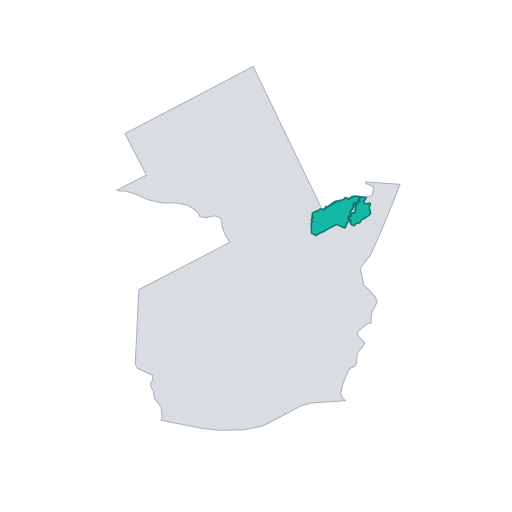 Lívingston, Izabal, Guatemala shown in context, rotated 332°
{"feature_id": "79465075B12175852129517", "entity_name": "Lívingston", "entity_type": "district", "adm_level": 2, "iso_a3": "GTM", "parent_name": "Guatemala", "parent_adm1": "Izabal", "projection": "orthographic", "projection_center": [-89.005, 15.735], "detail": "fine", "context": "in_parent", "style": "filled", "palette": "teal", "viewbox_px": 512, "rotation_deg": 332, "n_neighbors": 0, "source": "geoboundaries", "source_scale": "gbopen_adm2", "svg_char_len": 7193}
<svg xmlns="http://www.w3.org/2000/svg" viewBox="0 0 512 512"><g transform="rotate(332 256 256)"><path d="M95.2,356.7L97.3,354.6L99.1,349.8L101.4,344.7L100.2,338.9L99.4,334.1L102.0,327.3L101.8,322.1L103.0,318.9L106.7,316.9L108.7,313.0L98.5,299.3L98.5,296.2L100.0,292.4L108.6,278.0L118.8,260.9L130.0,242.0L136.8,230.7L160.9,230.9L176.9,231.1L197.2,231.3L219.2,231.5L233.7,231.6L239.6,231.5L238.7,224.0L239.5,215.8L242.2,208.4L242.2,205.1L238.0,201.0L229.6,198.6L225.0,195.0L225.0,190.5L223.0,185.0L219.1,178.6L210.7,171.9L198.1,165.1L187.4,156.0L178.6,144.6L171.2,137.3L165.4,134.2L164.1,132.5L181.0,132.9L197.1,133.2L197.4,117.0L197.6,102.6L197.9,86.4L226.9,86.6L261.5,86.9L297.5,87.1L325.7,87.2L342.4,87.2L341.6,107.4L340.7,130.7L340.0,147.8L339.1,170.7L338.2,194.1L337.0,226.0L336.2,246.7L336.5,247.2L346.1,246.2L360.1,247.1L363.6,247.0L367.9,248.8L371.2,249.3L378.4,254.0L386.8,257.5L392.2,250.4L389.3,246.1L387.2,243.9L387.5,242.0L416.8,260.3L413.4,263.2L406.0,269.7L392.5,281.0L380.4,291.0L368.8,300.1L358.3,308.3L357.0,309.1L343.7,315.0L341.5,317.6L338.6,329.2L337.3,332.1L339.7,338.5L342.1,348.4L341.3,353.6L332.1,360.0L327.8,365.7L326.0,369.4L324.3,368.5L321.4,368.2L314.8,369.6L311.6,369.9L309.0,371.5L308.7,375.1L310.5,380.9L311.1,383.9L309.2,385.3L301.1,388.7L297.9,392.2L294.8,397.5L291.2,399.7L287.5,399.3L284.8,400.1L279.2,404.0L270.6,411.8L266.0,417.5L265.9,421.8L266.8,425.6L235.9,411.8L225.6,409.4L182.2,409.3L163.6,403.7L142.5,393.1L128.3,383.5L95.2,356.7Z" fill="#d9dde1" stroke="#a8b0b8" stroke-width="1"/><path d="M315.7,261.9L318.6,266.1L319.0,266.2L321.8,265.9L322.3,265.9L323.4,265.8L323.9,266.0L324.7,265.8L325.7,265.8L326.1,266.2L328.5,266.1L329.6,266.2L330.2,266.1L330.9,265.8L342.0,266.1L342.3,266.2L344.2,268.7L347.2,272.9L347.4,273.0L347.7,272.6L348.5,272.4L348.8,272.1L349.5,272.0L349.5,271.8L349.8,271.6L349.9,271.0L350.1,271.0L350.2,270.9L350.6,270.8L350.7,270.6L350.9,270.5L350.9,270.4L350.7,270.3L350.7,270.1L351.1,269.7L351.5,269.5L351.9,269.7L352.4,269.6L352.9,269.2L352.8,268.9L353.4,268.7L354.4,268.8L354.9,268.6L355.2,268.3L355.6,268.1L355.1,267.9L354.8,267.7L355.0,267.2L355.0,266.9L355.0,266.6L355.2,266.3L354.9,266.0L355.1,265.9L355.1,265.5L355.5,265.2L355.8,265.2L356.1,264.8L356.2,265.1L356.3,265.1L356.5,265.0L356.5,264.8L356.9,264.5L357.2,264.7L357.4,264.6L357.5,264.7L357.8,264.4L357.9,264.7L358.0,264.7L358.1,264.3L358.4,264.3L358.6,264.1L359.0,264.1L359.7,263.2L359.4,262.9L359.1,262.1L359.1,261.9L359.8,261.5L359.6,261.3L359.8,261.1L359.9,261.4L360.2,261.5L360.7,261.1L361.1,261.0L361.2,260.8L360.8,260.2L361.3,259.8L361.4,260.0L361.7,260.2L361.8,260.2L362.0,260.1L362.2,260.3L362.4,260.3L362.7,260.1L362.9,259.5L363.7,259.3L364.1,258.9L364.6,258.7L365.0,258.3L365.0,258.8L364.8,259.0L364.2,259.1L363.9,259.3L364.1,259.3L364.3,259.1L364.2,259.4L364.5,259.2L365.2,258.9L365.6,258.1L365.4,257.8L365.6,257.7L365.7,257.3L366.0,257.2L366.1,256.9L366.0,256.7L366.2,256.3L366.0,256.2L366.4,255.9L366.9,255.8L367.3,255.9L367.2,255.6L367.8,255.6L368.6,255.2L368.9,255.5L369.1,255.9L369.6,256.4L370.1,256.7L370.5,256.7L371.1,256.0L371.7,255.8L372.5,255.9L372.9,256.4L373.0,255.5L373.2,255.2L372.7,254.8L372.5,254.5L372.6,254.3L372.7,254.2L373.6,254.2L373.9,254.0L374.4,253.6L375.0,252.7L375.3,252.5L375.3,252.3L375.2,252.0L372.7,250.5L371.6,249.6L370.7,249.3L369.9,249.2L368.8,248.5L368.7,248.5L368.1,249.2L367.9,249.1L366.9,249.0L366.2,249.5L365.6,249.4L365.2,249.3L364.5,249.4L364.3,249.2L363.9,248.7L362.6,246.7L362.2,246.5L362.1,246.3L361.7,246.7L361.0,246.8L360.7,247.0L358.8,247.2L358.5,247.2L357.7,246.7L356.5,246.6L355.9,246.0L355.6,245.9L355.4,246.0L354.9,246.4L353.5,246.7L353.4,246.4L353.7,245.6L353.6,245.4L352.6,245.3L351.9,245.0L351.7,245.2L351.5,245.9L351.1,246.1L351.0,245.9L351.0,245.0L350.7,244.8L350.4,244.9L350.4,245.4L350.0,245.6L350.1,246.1L349.9,246.1L349.2,245.4L349.1,245.6L349.0,246.3L348.8,246.4L348.5,245.8L348.2,245.4L346.9,245.2L346.4,245.6L345.8,245.7L345.8,245.9L346.1,246.2L346.0,246.5L345.9,246.4L345.7,246.0L345.6,245.9L344.9,246.2L344.7,245.7L344.2,245.7L344.1,246.0L343.2,246.5L342.9,246.3L342.2,246.3L342.1,245.9L341.7,245.6L341.6,245.3L341.1,245.1L340.7,245.3L340.2,245.5L340.3,246.0L340.2,246.3L339.4,246.0L338.9,246.4L338.4,246.3L338.0,246.6L338.1,246.9L337.9,247.0L337.5,247.4L337.2,247.2L337.2,246.6L337.0,246.4L336.7,246.4L336.7,246.0L336.5,245.6L336.1,245.3L335.9,245.3L335.2,244.8L334.7,244.8L334.4,244.8L334.2,244.6L333.7,244.6L333.3,244.9L332.7,244.9L331.8,245.0L330.7,244.7L330.0,244.8L329.8,244.6L329.2,244.9L328.7,245.0L328.4,244.8L328.3,244.6L328.1,244.5L327.7,244.6L326.8,244.5L325.9,244.8L325.0,245.7L324.9,246.1L324.7,246.8L324.8,247.2L324.5,247.6L324.1,247.6L324.2,248.1L324.6,248.2L324.6,248.3L324.3,248.5L324.1,248.3L323.8,248.4L324.1,248.8L323.8,248.9L323.8,249.4L323.5,249.4L323.3,248.9L323.1,248.9L322.9,249.0L322.6,249.6L322.1,249.9L322.3,250.2L322.3,250.3L322.5,250.5L322.3,250.8L322.3,250.6L321.9,250.6L321.8,251.0L321.6,251.1L321.7,251.3L321.5,251.7L321.9,252.1L321.1,252.2L321.0,252.4L321.1,252.7L320.8,252.8L320.5,252.7L320.1,253.1L315.7,261.9ZM380.7,256.0L379.8,255.6L377.7,254.2L377.2,253.7L377.1,253.4L376.9,253.2L376.6,253.1L375.8,253.7L375.5,253.6L375.1,253.4L374.9,253.4L374.3,254.0L373.8,254.3L372.7,254.4L372.8,254.7L373.4,255.3L373.2,255.6L373.0,256.5L372.9,256.7L372.7,256.7L372.5,256.1L372.2,256.0L371.8,256.0L371.3,256.2L371.0,256.6L370.8,256.9L370.1,256.9L369.7,256.6L369.3,256.5L369.1,256.8L368.7,257.0L368.8,257.1L369.0,257.0L369.2,257.3L368.6,257.2L368.6,257.5L368.2,257.4L368.1,257.6L368.5,257.8L368.3,258.0L368.2,257.8L368.0,257.7L368.0,257.9L367.8,257.9L367.7,258.2L368.0,258.3L367.7,258.6L367.5,258.3L367.3,258.2L367.3,258.6L367.7,258.9L367.6,259.2L367.2,259.6L366.9,259.7L366.9,260.1L366.4,260.6L366.4,261.0L365.9,261.2L366.0,261.5L365.7,261.8L365.4,261.7L365.0,262.2L364.6,262.2L364.5,262.5L364.5,263.0L364.2,263.4L364.0,264.0L363.4,264.2L363.2,263.8L362.8,263.8L362.2,263.4L361.5,263.1L361.2,263.2L360.8,263.4L360.2,263.2L359.9,263.6L359.4,264.1L359.4,264.5L359.1,265.4L358.9,265.1L358.7,265.1L358.5,264.9L357.8,265.1L357.6,265.4L357.1,265.2L356.3,265.4L356.1,265.7L355.8,265.7L355.7,265.9L355.8,266.2L355.6,266.5L355.4,266.3L355.3,266.9L355.4,267.2L355.6,267.7L355.8,268.0L356.2,268.3L356.6,269.1L356.6,269.3L356.3,269.9L356.0,270.0L355.8,270.4L355.6,270.3L355.2,270.3L354.8,270.4L354.9,270.7L355.1,271.0L355.0,271.5L354.7,271.7L354.7,271.9L355.0,272.9L355.1,273.0L355.1,273.3L355.4,273.5L355.7,273.5L356.3,275.1L357.0,275.2L358.1,275.1L359.1,274.5L359.6,274.4L360.3,274.4L361.8,274.9L362.4,274.9L362.8,275.3L363.6,275.2L364.0,275.0L365.2,274.2L365.9,273.6L368.2,273.5L368.7,273.5L369.0,273.7L369.2,273.8L369.7,273.4L369.9,273.4L370.5,273.6L371.1,273.7L371.8,273.3L374.1,273.3L374.7,273.2L375.2,273.0L375.7,272.9L377.1,272.1L378.0,269.9L378.4,268.0L378.4,267.4L378.6,266.3L378.8,266.0L379.2,265.6L380.6,264.9L380.8,264.7L380.8,264.2L381.3,263.9L381.5,263.6L381.5,263.4L381.4,262.9L381.2,262.6L380.4,262.3L379.8,262.2L379.4,262.0L377.7,261.9L377.5,261.7L377.3,261.1L376.9,260.5L376.5,259.4L376.3,258.9L376.4,258.5L376.8,257.7L377.5,258.0L377.8,258.0L379.0,257.5L379.5,257.2L380.5,256.2L380.7,256.0Z" fill="#14b8a6" stroke="#0f766e" stroke-width="1.5"/></g></svg>